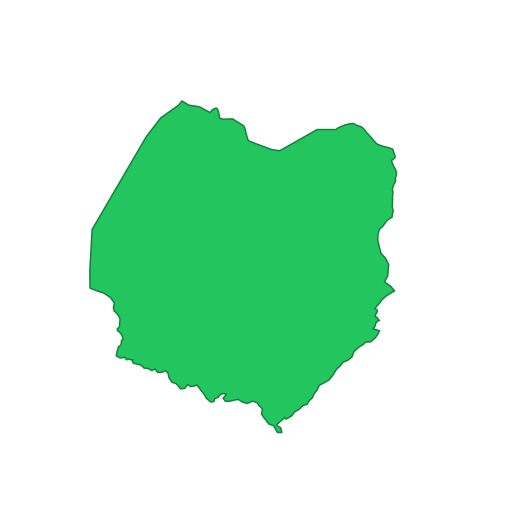 outline of Vretsia, Paphos, Cyprus, rotated 246°
{"feature_id": "46923920B56659599424200", "entity_name": "Vretsia", "entity_type": "district", "adm_level": 2, "iso_a3": "CYP", "parent_name": "Cyprus", "parent_adm1": "Paphos", "projection": "robinson", "projection_center": [32.659, 34.892], "detail": "fine", "context": "isolated", "style": "filled", "palette": "green", "viewbox_px": 512, "rotation_deg": 246, "n_neighbors": 0, "source": "geoboundaries", "source_scale": "gbopen_adm2", "svg_char_len": 2697}
<svg xmlns="http://www.w3.org/2000/svg" viewBox="0 0 512 512"><g transform="rotate(246 256 256)"><path d="M276.8,106.2L270.6,107.5L266.8,104.7L263.1,104.0L261.8,104.9L257.3,106.2L253.2,106.0L250.0,104.0L247.0,102.8L245.8,99.5L244.1,99.2L240.2,101.0L236.6,101.2L233.9,100.7L233.5,98.8L229.9,96.7L228.8,93.3L225.4,90.4L221.7,87.7L218.1,90.4L216.6,95.1L213.9,95.5L213.5,97.8L211.1,101.0L210.0,100.1L207.7,100.5L204.9,104.6L202.7,106.8L199.2,108.1L197.1,111.7L193.7,114.3L193.8,117.9L189.6,118.8L188.0,122.9L188.3,126.4L184.9,128.0L180.1,127.0L174.8,127.9L172.0,131.0L170.5,131.6L165.3,133.0L164.0,137.0L166.4,140.9L163.3,143.3L162.4,146.5L162.1,149.6L154.5,151.4L150.6,152.4L146.0,152.8L140.9,155.4L140.2,158.4L142.4,160.1L142.3,163.7L144.0,167.3L143.7,170.2L142.0,172.5L141.4,172.1L139.4,168.1L135.8,169.0L134.1,172.5L133.0,178.5L132.2,181.4L127.6,184.6L124.8,188.3L124.8,191.1L124.7,193.9L121.6,197.4L118.1,197.8L113.8,199.7L109.6,196.8L105.0,197.5L97.3,199.4L93.8,203.0L89.6,203.4L86.1,203.8L84.3,207.7L85.7,208.2L89.2,208.6L91.7,206.7L93.6,206.3L94.5,209.2L96.6,216.6L94.7,217.3L95.5,223.7L98.0,228.2L98.3,232.9L100.4,238.1L99.7,242.4L101.9,245.2L103.6,250.0L106.1,252.5L109.0,257.8L112.2,261.3L112.4,265.6L113.0,272.1L115.6,277.4L119.6,283.3L121.5,288.4L123.5,292.2L123.4,297.7L124.8,302.8L128.7,306.4L130.7,312.2L131.2,315.2L131.6,318.0L132.8,321.0L130.9,325.9L132.9,332.0L135.7,336.5L137.5,338.4L141.7,333.4L143.2,335.9L146.2,338.5L147.0,340.7L146.9,342.4L150.8,341.5L152.3,340.1L153.8,341.4L156.0,344.4L157.7,344.6L159.4,343.3L161.2,346.1L162.7,349.7L164.8,353.2L166.7,359.5L167.8,368.4L173.3,366.8L180.1,362.9L184.2,368.2L189.3,371.0L194.1,373.7L201.7,373.4L207.1,371.3L213.8,372.3L221.1,373.7L225.6,375.9L230.1,379.5L231.4,383.6L235.0,389.9L235.8,392.9L236.0,395.9L239.3,398.1L241.4,399.7L244.6,400.2L247.9,401.7L252.5,404.0L254.6,404.8L258.0,406.8L262.2,408.1L265.6,411.4L267.1,413.6L270.7,415.2L273.0,417.2L274.7,418.2L278.6,418.6L281.9,418.3L286.2,418.3L287.9,418.5L288.6,420.6L288.9,422.0L289.0,422.5L290.2,423.6L294.7,424.0L298.1,424.3L301.2,421.0L304.9,416.3L308.5,412.5L311.0,411.3L318.1,409.2L323.4,407.4L328.8,406.0L331.4,404.6L334.2,401.3L337.4,399.0L338.6,395.5L339.5,391.0L339.5,389.4L339.7,383.5L339.5,381.9L338.9,380.7L344.4,368.4L346.7,363.2L345.0,346.3L342.5,320.6L346.5,314.0L359.0,301.2L363.8,296.5L365.5,295.9L370.6,296.6L377.3,297.8L379.9,297.7L390.8,290.4L394.2,281.8L396.6,278.9L401.9,280.2L405.5,280.6L407.3,279.9L407.6,276.7L405.8,272.2L414.8,265.5L417.4,261.9L421.2,255.9L427.7,251.4L425.3,246.6L420.9,225.1L409.7,204.4L346.9,117.1L309.5,97.9L294.1,91.3L288.7,96.7L283.9,102.0L277.3,106.1L276.8,106.2Z" fill="#22c55e" stroke="#15803d" stroke-width="1.5"/></g></svg>